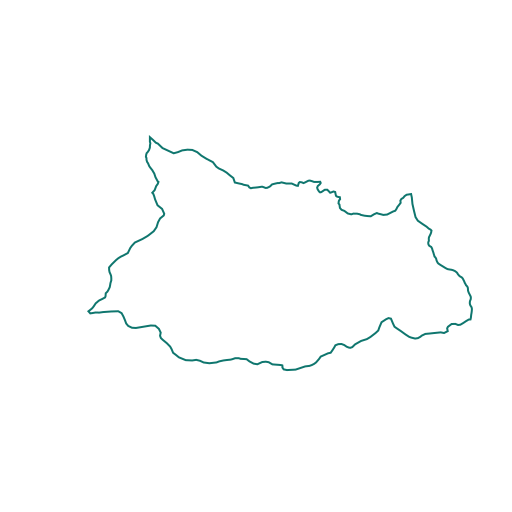 the district of Udzorong, Tashigang, Bhutan, rotated 243°
{"feature_id": "84629894B96484165118210", "entity_name": "Udzorong", "entity_type": "district", "adm_level": 2, "iso_a3": "BTN", "parent_name": "Bhutan", "parent_adm1": "Tashigang", "projection": "equal_earth", "projection_center": [91.44, 27.228], "detail": "fine", "context": "isolated", "style": "outline", "palette": "teal", "viewbox_px": 512, "rotation_deg": 243, "n_neighbors": 0, "source": "geoboundaries", "source_scale": "gbopen_adm2", "svg_char_len": 5227}
<svg xmlns="http://www.w3.org/2000/svg" viewBox="0 0 512 512"><g transform="rotate(243 256 256)"><path d="M136.6,276.0L135.9,278.6L137.2,281.1L139.0,284.2L140.4,286.2L140.1,289.3L138.8,292.2L136.6,294.2L134.0,295.6L132.3,297.1L131.4,298.3L131.1,300.4L132.3,304.2L132.6,311.1L131.6,317.1L131.9,321.2L133.1,327.6L134.1,331.1L136.4,333.5L140.0,337.8L140.6,343.3L140.5,345.9L138.9,347.8L133.7,347.4L130.1,347.3L127.8,348.5L123.5,350.9L118.2,353.6L114.4,355.8L112.8,357.3L110.2,360.3L109.3,363.0L109.4,365.8L109.8,367.5L109.7,371.5L108.1,375.5L106.7,379.2L104.1,385.9L102.0,388.6L102.0,390.4L102.0,392.7L104.8,393.5L105.8,394.9L106.6,399.4L105.0,402.8L102.8,404.7L102.0,406.9L102.2,410.2L102.6,413.5L102.8,416.7L102.1,418.3L103.4,419.4L106.0,421.1L107.3,422.1L108.9,423.2L110.2,424.0L111.5,424.6L112.9,424.8L114.2,424.6L115.1,424.6L116.1,424.8L117.0,425.1L118.3,425.9L118.9,426.4L119.4,427.0L120.1,427.8L121.5,428.6L122.5,428.9L123.9,428.9L126.8,428.9L128.9,429.2L129.6,429.5L130.7,430.0L131.5,430.3L132.5,430.4L133.7,430.2L134.4,429.9L135.2,429.9L136.6,429.9L137.3,429.8L138.0,429.9L138.9,430.0L139.6,430.0L140.5,430.0L142.1,430.0L143.6,429.6L145.2,428.5L146.5,428.0L148.4,427.6L149.4,427.6L150.5,427.3L151.5,426.8L152.3,426.4L153.9,425.1L155.0,423.9L156.0,422.5L156.6,421.7L157.2,420.9L157.9,420.3L159.2,419.4L162.5,417.4L164.1,416.4L165.9,415.4L166.7,415.0L167.7,414.8L168.4,414.8L169.3,414.8L170.3,414.9L171.1,415.1L171.9,415.3L173.3,415.2L174.5,414.8L175.2,415.0L176.6,415.2L177.6,415.4L178.6,415.6L179.4,415.7L180.1,415.8L181.5,416.0L182.2,416.2L183.7,416.3L184.6,416.2L185.5,415.6L186.5,415.0L187.7,414.9L188.4,415.0L189.5,415.4L190.4,416.1L191.0,416.9L192.3,417.5L193.5,418.1L194.4,418.9L195.1,419.9L195.8,420.8L196.4,421.6L197.3,422.6L199.0,423.9L200.3,423.5L201.9,422.4L204.7,421.3L209.1,418.8L214.0,416.2L218.2,415.8L224.2,417.2L231.3,419.0L237.4,421.4L240.8,422.3L241.5,420.1L242.2,418.0L241.9,415.6L241.0,413.6L240.8,411.4L239.8,409.8L237.7,409.0L236.7,407.0L235.5,404.3L234.1,402.4L233.1,400.6L233.4,398.5L233.4,391.7L234.8,388.1L236.6,386.1L238.3,384.1L239.4,383.2L239.6,380.2L239.3,376.3L240.7,373.9L242.7,370.9L245.1,368.0L246.0,367.5L247.8,365.3L249.5,362.1L249.9,359.8L252.2,357.1L256.1,355.2L258.3,353.2L260.7,352.6L262.5,353.2L263.9,353.7L265.4,353.4L266.9,354.4L267.8,355.2L268.4,356.7L270.3,357.4L271.1,356.3L272.2,355.1L273.3,354.6L274.6,354.9L277.1,355.6L278.3,354.3L278.5,352.0L278.7,350.8L280.8,350.2L282.7,349.6L283.8,347.3L283.5,345.1L283.3,343.2L283.6,342.0L284.7,341.5L285.4,341.4L287.5,341.2L289.1,341.5L290.3,342.8L290.9,345.4L291.7,346.8L293.0,346.9L293.9,344.8L295.6,341.4L297.2,339.9L298.8,338.2L299.3,336.8L299.3,335.1L299.3,334.2L299.3,332.8L299.4,331.4L300.8,330.3L302.0,328.6L301.7,327.3L299.5,325.2L300.4,323.9L302.0,322.6L304.4,320.7L305.0,319.4L306.9,315.8L309.4,312.9L310.0,312.2L310.5,309.6L311.1,308.6L311.6,306.8L312.1,304.7L312.5,302.8L312.2,301.8L311.7,300.4L311.6,298.8L311.7,296.7L312.4,295.3L313.7,294.2L315.0,292.9L315.5,291.4L316.4,288.7L317.4,286.1L318.2,284.2L318.7,282.2L320.1,281.2L322.3,280.9L325.1,277.3L326.5,276.1L328.4,273.7L331.1,270.5L332.4,270.7L335.8,271.2L339.8,269.3L343.6,267.7L347.1,265.6L350.9,262.6L353.6,261.2L359.2,260.2L365.1,256.0L370.2,252.9L375.2,250.8L379.4,247.4L381.8,243.3L383.6,238.2L384.0,233.6L384.9,229.3L390.4,225.0L394.6,221.7L400.7,219.6L402.4,218.2L406.2,216.9L410.0,215.4L405.9,213.3L404.5,213.1L402.8,211.8L400.7,210.6L398.9,208.7L397.7,206.5L397.3,205.3L396.3,204.3L394.3,202.9L393.1,202.9L391.4,202.1L389.4,201.7L387.6,201.9L384.9,201.7L384.2,201.7L382.9,201.9L379.3,202.6L378.4,202.6L375.7,202.8L371.8,202.2L367.0,202.3L366.3,202.7L364.9,201.3L363.6,198.8L360.7,195.6L359.4,192.3L357.8,192.7L355.4,192.4L352.3,191.8L345.9,191.3L340.6,193.7L335.3,193.4L334.0,192.2L333.4,189.4L333.0,187.6L330.6,184.1L326.8,180.4L324.5,176.1L323.2,169.4L323.0,167.7L322.7,162.5L323.0,154.2L321.4,149.9L320.2,147.6L316.8,143.1L316.8,142.1L316.7,138.0L316.8,135.6L316.6,133.1L316.5,132.2L315.9,129.5L314.1,123.8L312.5,119.9L310.2,118.8L308.2,118.2L306.3,118.1L305.1,118.0L304.3,117.9L303.6,117.7L301.7,116.9L300.8,116.4L300.1,116.1L297.9,114.0L296.0,112.6L294.6,111.5L292.7,109.0L291.7,107.4L291.0,105.2L289.5,104.3L288.5,103.7L287.6,102.7L287.5,99.4L287.6,96.3L287.4,95.0L287.0,93.5L286.6,91.7L284.9,88.7L284.2,87.3L283.7,86.0L283.2,83.7L282.8,81.6L280.1,82.3L279.4,84.4L278.5,87.4L276.7,90.7L275.5,94.2L272.3,101.8L269.3,108.2L266.1,110.3L262.2,110.4L258.2,110.1L254.8,109.7L251.7,110.4L248.4,112.9L246.4,116.3L245.0,120.7L243.3,126.1L241.8,130.8L239.6,134.6L235.2,136.4L231.0,136.3L228.5,134.3L226.1,134.0L223.8,134.8L218.7,137.0L214.2,138.4L211.3,138.5L207.4,138.2L204.3,139.7L200.7,141.3L195.1,146.1L191.9,151.7L190.6,155.6L188.1,158.5L184.9,161.0L181.6,165.8L179.1,172.5L178.8,175.4L177.7,179.6L176.6,182.7L175.2,186.3L174.8,188.1L174.4,191.0L172.8,194.2L171.3,195.7L169.7,198.5L168.3,200.8L165.1,202.3L161.2,205.0L158.9,208.1L158.7,213.4L157.4,216.7L155.6,219.1L152.0,221.4L150.1,224.5L148.4,227.3L147.2,229.1L146.6,229.8L145.9,229.6L144.6,228.9L142.4,229.2L140.3,231.8L136.8,239.7L135.3,249.7L133.8,253.8L133.5,256.2L133.5,258.8L133.9,261.2L135.6,265.4L137.0,268.0L136.8,271.7L136.6,276.0Z" fill="none" stroke="#0f766e" stroke-width="2"/></g></svg>